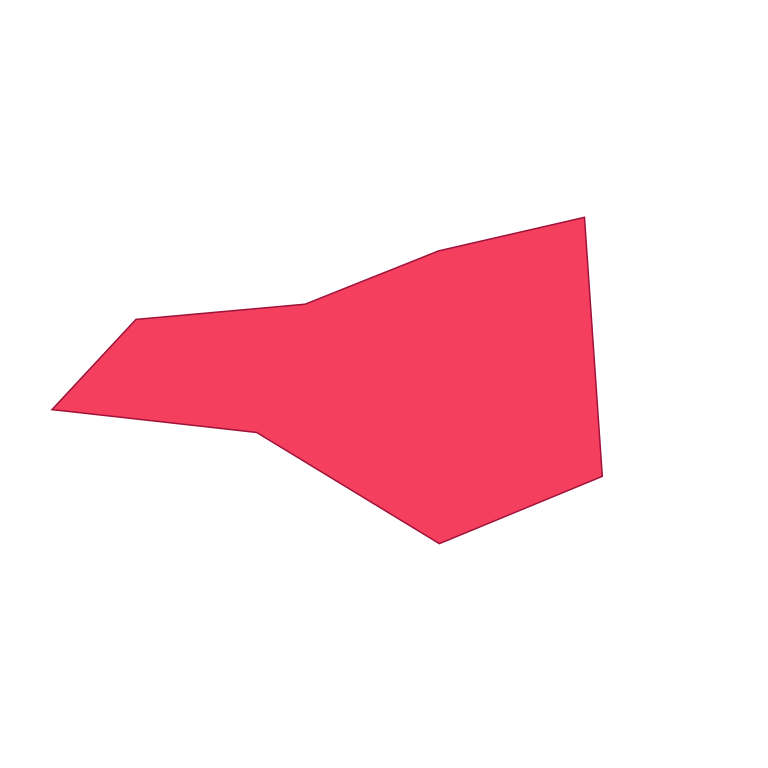 SVG path tracing the border of Schellenberg, rotated 47°
{"feature_id": "LIE-4899", "entity_name": "Schellenberg", "entity_type": "state/province", "adm_level": 1, "iso_a3": "LIE", "parent_name": "Liechtenstein", "parent_adm1": "", "projection": "equal_earth", "projection_center": [9.531, 47.238], "detail": "fine", "context": "isolated", "style": "filled", "palette": "rose", "viewbox_px": 768, "rotation_deg": 47, "n_neighbors": 0, "source": "natural_earth", "source_scale": "10m", "svg_char_len": 278}
<svg xmlns="http://www.w3.org/2000/svg" viewBox="0 0 768 768"><g transform="rotate(47 384 384)"><path d="M398.8,123.7L600.4,287.3L538.5,452.4L332.6,510.2L176.3,644.3L167.6,521.3L271.8,387.3L323.9,253.2L398.8,123.7Z" fill="#f43f5e" stroke="#9f1239" stroke-width="1.5"/></g></svg>